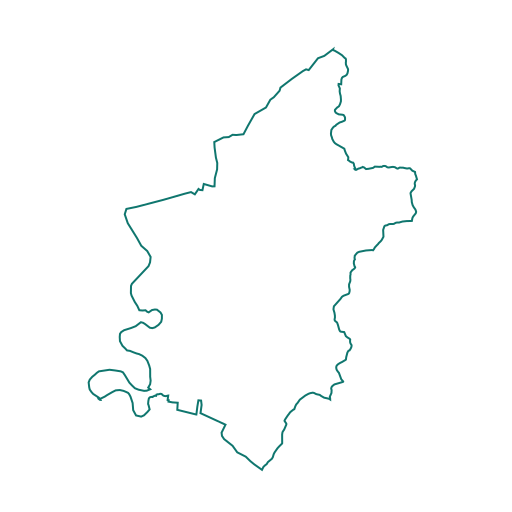 the district of Birchis, Arad, Romania, rotated 275°
{"feature_id": "2599482B17966040812815", "entity_name": "Birchis", "entity_type": "district", "adm_level": 2, "iso_a3": "ROU", "parent_name": "Romania", "parent_adm1": "Arad", "projection": "orthographic", "projection_center": [22.196, 45.958], "detail": "fine", "context": "isolated", "style": "outline", "palette": "teal", "viewbox_px": 512, "rotation_deg": 275, "n_neighbors": 0, "source": "geoboundaries", "source_scale": "gbopen_adm2", "svg_char_len": 6120}
<svg xmlns="http://www.w3.org/2000/svg" viewBox="0 0 512 512"><g transform="rotate(275 256 256)"><path d="M339.2,408.3L340.4,408.3L341.7,407.8L343.3,407.9L345.0,408.6L346.4,409.7L350.0,408.3L351.5,407.5L353.6,407.1L354.6,404.3L356.7,401.9L356.8,401.6L356.8,400.9L356.3,398.9L356.6,395.9L356.8,395.1L356.6,391.4L355.5,389.8L355.4,389.4L355.6,388.5L356.5,386.8L356.7,385.5L356.7,384.5L356.4,383.1L355.8,380.8L355.7,379.9L355.9,378.9L356.8,377.4L356.9,376.8L356.9,375.8L356.7,374.8L355.8,373.5L355.7,373.0L355.8,372.2L355.6,371.5L355.4,366.6L354.1,365.1L353.9,364.7L352.6,360.2L352.2,358.0L353.6,356.0L354.0,354.6L353.7,354.4L353.3,353.3L352.4,351.7L352.0,350.4L350.6,348.4L350.5,347.9L350.8,347.0L351.0,346.8L351.1,347.5L351.6,347.4L353.7,346.2L354.8,345.8L356.4,345.4L357.2,344.8L357.5,344.5L357.5,343.5L358.3,341.4L358.9,340.6L359.6,339.3L361.5,339.4L362.5,339.3L365.8,336.8L368.6,335.4L370.6,334.6L374.4,326.3L375.3,324.8L376.6,323.5L379.2,321.8L380.7,321.3L382.8,320.3L384.4,320.0L388.2,320.1L390.5,321.4L391.4,322.1L392.1,322.9L392.6,323.8L393.7,324.5L396.3,327.7L397.2,329.9L398.6,332.4L399.0,332.7L399.5,332.8L401.2,332.7L402.0,332.5L403.6,331.4L404.1,330.9L404.3,329.4L404.3,327.1L404.3,326.2L405.3,323.7L405.9,322.8L407.2,322.0L408.2,321.9L408.6,322.0L411.1,324.0L412.0,325.2L412.6,325.7L414.7,326.5L417.4,327.1L419.2,327.0L422.8,326.4L425.2,325.5L427.3,325.0L430.3,324.9L433.2,323.3L434.6,323.3L434.5,325.9L439.3,325.7L440.9,326.1L441.9,326.8L443.2,329.2L443.6,329.7L444.5,330.6L446.0,331.2L448.3,331.5L449.7,331.5L450.4,331.3L453.4,329.5L454.6,328.9L456.6,328.6L457.1,328.7L459.4,328.5L459.9,328.4L460.6,328.0L461.0,327.1L463.5,324.2L465.5,320.5L467.6,316.0L467.7,315.1L468.1,314.5L468.5,314.6L461.3,306.6L458.4,300.5L445.8,292.3L446.3,289.6L444.3,286.6L435.4,276.1L425.9,265.7L422.7,265.1L415.7,259.9L413.0,256.7L404.8,253.0L397.3,242.2L385.0,236.6L376.2,232.9L374.8,225.9L374.7,222.1L372.1,218.5L371.3,213.3L365.9,204.5L360.4,205.3L350.5,207.5L345.3,209.3L338.9,209.7L330.0,208.2L321.8,208.6L321.5,206.3L323.2,197.7L316.9,196.9L316.9,194.3L317.8,192.9L312.1,189.7L314.0,185.7L311.9,179.7L303.8,158.6L294.5,132.6L291.6,122.8L286.1,121.6L277.5,125.4L263.5,135.9L256.2,140.8L251.5,147.2L245.9,151.1L240.4,151.0L236.5,149.8L217.5,134.8L215.3,134.1L208.1,134.6L205.7,135.5L199.7,139.2L196.0,142.1L191.8,144.5L191.8,147.7L192.3,150.7L191.0,152.4L190.5,154.0L193.1,157.1L193.9,160.0L193.9,162.0L191.4,165.8L189.1,167.4L185.4,167.7L182.2,167.3L178.9,164.9L176.0,161.4L175.1,159.0L175.3,156.5L178.5,151.5L179.6,149.4L180.0,147.1L175.6,142.3L173.4,137.9L170.6,131.1L168.4,128.3L166.6,127.3L163.5,127.3L159.3,127.9L154.9,130.8L152.3,134.0L150.7,135.7L150.5,138.7L149.4,142.2L148.5,145.5L148.1,148.0L146.8,151.4L144.7,154.7L142.1,156.9L137.7,159.1L134.2,160.4L126.5,161.1L122.6,161.9L119.0,161.7L115.5,160.1L114.0,162.2L112.3,158.9L111.9,156.3L112.6,150.6L113.7,146.9L116.2,143.8L118.8,140.9L125.8,135.8L128.5,133.6L129.3,131.3L129.7,125.6L129.9,120.0L127.4,109.6L125.8,107.7L123.6,105.7L121.4,103.4L118.4,101.2L115.5,100.3L110.6,101.3L108.5,102.0L106.2,103.9L104.4,105.8L101.6,111.0L101.4,110.8L100.1,111.5L99.1,113.1L99.1,113.5L100.6,112.5L100.2,113.4L102.8,117.7L104.4,119.7L107.9,124.7L109.9,127.9L110.3,130.1L110.6,132.1L110.1,135.8L109.2,138.6L108.5,140.5L107.3,141.7L105.0,143.2L98.8,145.9L91.7,147.1L86.7,150.4L86.0,155.6L87.5,158.3L91.1,161.4L93.9,163.4L98.0,162.0L99.2,161.4L102.2,161.4L104.8,161.7L105.9,162.5L106.5,163.9L106.5,165.3L107.0,165.6L108.0,167.4L108.0,168.7L109.2,168.9L109.7,170.0L109.8,171.1L110.4,172.6L110.3,174.0L109.1,175.4L108.6,176.7L108.5,178.5L109.1,179.9L109.3,180.7L104.8,180.5L104.7,181.6L103.3,181.5L102.9,185.5L103.0,190.8L95.9,191.0L92.9,210.1L92.9,210.4L100.9,210.7L107.2,211.2L107.2,213.9L102.9,214.8L94.6,214.4L85.3,240.3L77.0,237.1L73.8,237.8L70.8,240.2L64.9,249.2L58.8,254.4L55.2,263.3L51.1,268.3L48.3,272.4L43.5,280.6L46.6,281.8L48.4,283.4L49.5,284.7L51.7,285.8L55.4,289.5L57.1,290.3L60.1,290.9L61.9,291.6L66.4,294.2L68.6,295.9L71.3,298.2L71.7,298.4L80.4,297.6L82.3,297.7L83.2,297.9L85.6,299.2L90.7,300.9L91.7,300.8L94.2,298.8L94.6,298.8L96.2,299.5L100.0,301.6L102.3,303.1L102.9,303.3L104.2,304.5L106.2,306.6L106.7,307.5L109.5,308.2L110.9,308.7L111.8,309.1L113.2,310.2L116.7,312.2L121.3,317.3L123.3,320.3L124.1,322.0L124.8,324.5L124.6,325.8L123.7,327.9L123.5,329.1L123.2,331.6L122.3,333.0L120.8,336.2L120.5,338.7L120.1,341.3L119.5,342.4L121.0,342.2L122.2,341.8L126.1,343.1L129.1,343.0L130.2,342.5L130.9,342.5L131.9,342.7L132.7,343.1L133.5,343.8L134.9,345.3L138.1,353.5L138.4,353.8L138.6,353.8L140.6,351.7L146.8,348.8L148.0,347.6L149.5,346.4L150.6,345.9L152.1,345.6L153.1,345.7L153.9,346.0L154.9,346.8L155.6,347.5L157.0,349.4L157.8,350.8L160.4,354.4L160.7,354.6L163.2,354.7L167.9,355.5L169.7,356.4L170.1,357.4L172.0,358.4L173.5,358.9L174.3,359.0L175.4,359.0L175.8,358.8L176.9,357.9L177.9,357.4L179.5,357.1L181.0,357.1L181.7,356.5L182.9,354.1L184.0,352.5L187.9,350.5L188.0,347.3L188.1,346.8L188.3,346.4L188.9,345.9L190.2,345.2L194.3,343.7L196.5,342.7L196.9,342.4L197.9,340.9L198.6,340.1L199.7,339.8L201.6,340.0L203.5,339.8L206.3,339.1L209.1,338.0L209.8,337.8L212.7,338.0L220.6,343.9L222.7,345.1L223.2,345.6L224.1,346.8L226.2,351.2L226.5,351.6L227.1,352.0L228.8,352.3L230.4,352.3L233.4,351.4L235.9,351.2L239.1,352.1L240.6,352.1L242.0,351.8L244.6,351.6L245.8,351.8L247.6,351.6L248.1,351.8L250.4,353.2L250.8,353.8L251.9,355.0L253.1,355.8L253.6,355.7L254.3,355.1L257.1,354.1L259.3,354.0L260.1,354.2L261.3,354.8L262.6,354.3L264.2,354.4L264.6,354.3L265.9,355.0L268.2,356.7L269.2,358.5L271.1,365.1L272.0,370.7L272.0,371.6L271.9,372.1L273.3,373.0L274.8,373.6L277.4,375.6L278.3,376.4L279.6,377.2L281.4,378.8L282.5,379.6L283.5,380.1L286.3,381.3L293.1,380.4L296.8,381.3L297.4,381.9L297.6,382.2L298.1,384.0L299.0,385.2L299.3,385.7L299.6,387.0L299.8,389.5L300.0,390.5L301.2,392.2L301.6,393.4L301.8,395.6L303.1,398.9L303.9,403.0L304.5,408.2L307.3,408.5L308.1,408.7L309.3,409.3L312.4,411.4L313.9,411.7L315.5,411.1L316.5,410.5L318.2,409.0L320.3,407.6L323.3,406.5L325.4,406.2L331.8,404.5L332.3,404.5L334.0,405.3L336.7,407.6L339.2,408.3Z" fill="none" stroke="#0f766e" stroke-width="2"/></g></svg>